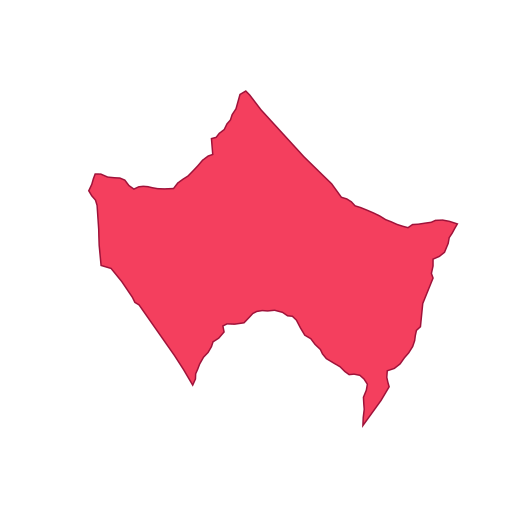 outline of Irará, Bahia, Brazil, rotated 116°
{"feature_id": "56859067B61653913557352", "entity_name": "Irará", "entity_type": "district", "adm_level": 2, "iso_a3": "BRA", "parent_name": "Brazil", "parent_adm1": "Bahia", "projection": "mercator", "projection_center": [-38.751, -12.053], "detail": "fine", "context": "isolated", "style": "filled", "palette": "rose", "viewbox_px": 512, "rotation_deg": 116, "n_neighbors": 0, "source": "geoboundaries", "source_scale": "gbopen_adm2", "svg_char_len": 1912}
<svg xmlns="http://www.w3.org/2000/svg" viewBox="0 0 512 512"><g transform="rotate(116 256 256)"><path d="M138.9,89.1L140.1,97.5L141.9,104.0L145.3,110.3L148.9,113.3L152.4,118.5L156.3,124.1L159.1,129.1L163.9,131.8L164.9,136.9L165.8,143.0L166.0,149.6L166.5,155.4L165.8,162.1L165.8,169.1L166.1,175.6L166.6,183.1L167.5,189.0L165.5,194.0L164.9,199.4L165.8,205.0L158.0,219.6L154.0,231.8L145.8,256.5L122.4,315.7L114.1,332.2L112.2,337.5L117.8,341.2L132.5,338.5L139.4,339.4L145.0,338.6L149.9,340.0L156.3,340.0L161.9,342.8L166.8,343.8L170.0,347.5L183.7,339.4L187.1,342.8L193.3,346.0L200.4,347.8L207.7,350.1L214.0,352.2L219.0,355.3L224.6,358.3L231.5,359.7L235.9,367.8L238.6,373.9L240.1,379.1L241.1,383.6L242.8,387.9L245.2,391.7L249.4,395.1L248.4,401.1L245.3,407.2L245.6,412.5L247.6,417.2L250.1,423.9L250.4,431.4L252.8,436.5L258.0,436.0L263.6,435.0L270.7,434.9L273.9,430.0L276.1,424.8L280.2,421.0L301.1,409.0L307.1,405.9L315.2,401.6L332.4,391.1L330.7,380.8L337.8,365.5L347.3,349.0L350.8,344.5L351.2,339.7L381.2,285.6L389.8,271.4L399.8,256.3L393.1,256.5L388.3,258.6L383.2,258.8L377.8,259.3L369.9,258.8L363.7,256.8L357.0,256.3L352.0,257.0L346.2,253.5L338.3,251.4L333.4,255.1L329.7,252.3L326.6,245.3L321.3,237.5L313.8,235.1L309.1,233.7L305.5,231.0L302.3,226.5L300.3,221.5L296.6,215.5L295.0,207.4L295.9,201.4L294.2,196.9L295.9,191.6L301.1,184.6L305.8,177.4L306.3,170.5L309.6,164.1L311.8,157.1L314.8,153.4L317.4,147.8L318.2,138.8L318.7,131.8L320.9,125.4L321.8,120.3L319.2,116.1L317.7,110.3L319.2,105.0L322.4,99.7L328.3,98.0L335.9,97.5L341.8,94.2L346.4,91.5L354.2,88.8L361.5,85.6L331.0,80.3L315.2,79.0L311.6,82.2L307.7,85.3L301.6,87.7L296.4,82.4L289.8,79.2L282.4,78.0L276.1,76.3L268.7,75.5L262.5,76.3L257.8,77.9L252.5,79.2L247.5,77.2L225.6,85.3L198.2,87.2L194.8,90.7L187.4,92.5L181.2,95.5L175.9,91.0L170.0,88.2L160.4,88.8L154.8,90.4L149.6,89.7L144.7,89.5L138.9,89.1Z" fill="#f43f5e" stroke="#9f1239" stroke-width="1.5"/></g></svg>